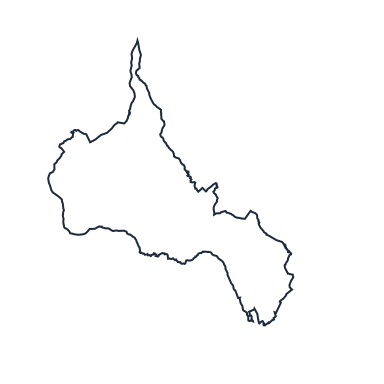 Bumbesti-Jiu, Gorj, Romania (Robinson projection), rotated 302°
{"feature_id": "2599482B75025321054435", "entity_name": "Bumbesti-Jiu", "entity_type": "district", "adm_level": 2, "iso_a3": "ROU", "parent_name": "Romania", "parent_adm1": "Gorj", "projection": "robinson", "projection_center": [23.397, 45.21], "detail": "fine", "context": "isolated", "style": "outline", "palette": "slate", "viewbox_px": 384, "rotation_deg": 302, "n_neighbors": 0, "source": "geoboundaries", "source_scale": "gbopen_adm2", "svg_char_len": 6033}
<svg xmlns="http://www.w3.org/2000/svg" viewBox="0 0 384 384"><g transform="rotate(302 192 192)"><path d="M162.3,328.5L162.9,325.5L164.6,324.0L169.2,323.1L173.1,323.1L173.8,322.8L174.5,321.8L175.3,321.3L174.2,318.4L174.1,317.4L173.6,316.6L176.8,311.3L178.0,310.0L179.3,309.3L180.0,309.8L180.9,309.4L184.8,309.4L187.4,308.4L188.4,308.5L190.0,308.1L191.7,309.0L192.4,308.7L192.8,306.7L192.4,306.3L192.9,305.9L192.3,305.3L193.1,305.0L192.8,304.5L193.9,303.2L193.6,302.6L194.0,302.2L194.2,300.8L194.5,300.6L194.8,301.0L195.2,300.5L194.8,300.5L194.9,299.7L195.7,298.8L196.2,299.0L196.1,298.3L196.6,298.2L196.3,297.3L196.9,296.6L197.3,294.8L195.9,288.9L195.7,280.1L195.2,277.8L196.1,277.3L196.1,274.3L196.7,273.5L198.0,269.0L199.8,266.1L200.3,265.6L201.5,265.4L201.4,264.9L201.7,264.9L202.5,264.2L202.4,263.8L203.5,263.2L203.6,262.6L204.6,261.0L206.2,260.0L207.1,259.0L207.6,256.8L206.9,253.7L207.1,251.7L197.4,251.1L195.8,248.3L195.2,245.9L194.4,244.7L193.9,243.0L193.7,241.0L194.1,239.2L193.9,237.7L194.2,236.9L193.7,235.2L193.7,234.2L192.8,232.2L193.7,230.5L190.3,227.4L188.6,226.9L187.6,225.1L186.5,223.8L184.5,222.8L186.2,222.0L188.5,219.7L190.5,218.5L193.5,218.0L197.0,218.3L198.1,217.6L200.5,216.9L201.6,214.6L202.5,213.6L202.7,211.5L203.5,210.0L205.3,210.4L207.0,209.6L209.4,211.2L209.8,210.9L209.6,210.0L211.0,209.5L211.0,209.1L211.9,208.7L212.3,208.1L211.9,207.2L208.9,205.9L206.9,205.4L202.7,203.7L200.9,203.8L199.9,203.5L201.0,198.7L195.6,197.2L196.2,195.4L197.2,194.0L196.6,193.0L198.7,190.8L201.7,189.8L201.8,188.9L200.3,187.2L199.7,185.6L200.8,184.8L202.4,184.8L202.5,183.2L203.9,183.2L204.1,182.2L203.3,180.2L203.4,179.4L205.1,179.9L205.5,178.4L207.0,178.6L207.4,178.2L207.0,177.1L206.2,176.8L207.0,175.2L207.3,173.7L208.6,173.1L210.1,171.7L210.6,170.3L210.3,169.2L211.0,167.1L213.1,164.3L213.4,162.8L212.5,159.5L212.8,158.9L212.7,157.8L214.6,156.5L216.1,154.3L216.4,153.4L216.5,151.5L217.2,149.5L217.1,148.8L218.1,147.7L218.0,146.7L219.7,143.8L219.7,142.9L220.2,142.2L220.4,140.9L222.0,139.4L222.6,138.0L222.4,137.1L222.9,135.7L224.2,134.4L226.0,134.6L230.4,133.2L233.6,133.3L234.7,132.9L237.1,130.7L237.0,129.8L237.9,127.1L239.4,126.3L241.5,124.6L242.5,124.3L243.2,123.3L245.3,122.2L245.6,116.7L246.1,115.2L246.2,113.3L247.1,111.4L249.5,107.3L252.1,104.0L253.3,103.3L255.9,98.9L257.9,97.2L257.8,96.4L259.0,94.8L259.0,92.5L259.5,91.1L259.5,89.8L259.8,89.4L259.5,88.0L260.7,86.9L260.9,85.6L262.0,84.8L261.8,83.2L262.9,81.5L265.4,80.6L269.5,81.9L272.8,79.2L275.7,78.3L277.4,77.2L280.7,76.3L281.4,75.8L284.6,72.0L289.8,67.4L291.5,65.5L289.1,66.3L280.6,66.7L277.3,67.4L273.6,70.4L269.1,72.0L267.6,73.7L262.1,75.6L260.7,76.9L259.7,78.3L257.4,80.1L252.0,81.1L251.2,81.5L249.0,83.3L247.0,88.7L246.2,89.5L245.5,90.7L242.3,93.2L237.8,93.9L235.8,93.6L232.7,94.3L229.6,95.5L227.5,95.6L226.6,96.5L225.8,96.8L226.6,97.1L226.5,97.3L225.1,97.9L222.4,97.7L220.9,98.4L217.6,98.9L214.2,98.2L211.7,92.0L210.7,92.0L207.8,90.7L203.3,90.3L197.1,88.6L192.2,84.6L185.4,82.3L180.2,79.3L184.9,71.8L184.9,71.0L184.0,69.4L183.9,64.7L184.3,62.9L183.6,61.9L182.5,61.4L182.8,60.3L182.0,59.3L180.0,59.0L179.3,58.0L178.6,57.9L178.4,58.3L179.2,60.2L178.0,60.4L175.4,61.7L174.7,61.1L172.6,60.7L170.5,58.4L169.0,58.1L167.3,56.8L165.2,57.0L164.6,56.2L163.4,55.8L162.6,54.9L160.5,55.2L159.8,55.9L159.9,58.2L158.3,62.3L154.9,61.4L153.4,62.0L150.4,61.8L147.4,61.1L145.3,61.4L142.5,60.5L138.3,63.4L135.0,63.3L132.8,61.7L130.0,62.0L127.2,62.9L123.6,66.1L122.8,67.5L119.0,71.8L117.9,74.1L117.5,81.0L116.7,85.6L114.5,87.4L113.9,88.4L110.0,91.5L108.7,93.0L106.8,93.4L103.3,95.1L101.2,97.3L99.4,98.1L96.8,99.9L96.6,100.4L95.1,101.5L94.3,102.6L94.0,103.8L94.4,104.7L94.3,105.9L93.5,109.1L92.5,110.3L92.5,110.7L93.6,113.4L93.7,114.4L95.6,118.5L98.4,122.0L100.4,123.6L101.9,124.1L106.4,124.8L109.2,129.0L113.6,131.5L113.9,132.6L114.8,133.6L114.3,134.1L115.2,137.6L116.6,139.9L117.1,141.6L116.8,143.8L117.1,145.8L118.9,147.7L119.8,149.3L119.9,150.1L123.2,154.9L123.6,157.3L123.4,157.9L122.5,158.9L122.4,159.7L122.6,161.1L123.2,162.1L123.0,162.8L123.1,164.2L122.7,165.4L122.9,166.4L122.7,168.1L122.3,168.5L121.6,170.2L120.0,172.0L119.6,173.1L118.5,174.1L117.3,176.3L117.2,176.9L114.3,179.3L113.3,179.4L112.9,180.6L113.8,181.4L113.6,182.9L114.3,183.7L113.8,185.4L114.8,186.1L115.2,187.2L115.6,187.3L114.9,188.0L116.1,189.6L115.7,190.8L116.0,191.1L117.3,191.1L118.1,192.0L119.7,192.1L119.2,193.0L120.0,193.3L119.6,194.0L120.1,195.0L119.6,195.5L118.6,195.5L119.1,196.5L119.1,197.2L120.3,197.6L121.2,197.3L123.6,198.6L124.7,199.5L124.9,200.6L125.4,201.2L124.7,201.9L125.8,203.2L126.0,203.8L125.6,204.8L122.7,207.1L123.5,207.9L124.3,210.2L125.7,211.0L125.2,213.5L126.3,214.3L125.7,215.0L125.6,216.5L125.1,217.1L125.7,218.2L125.8,219.0L126.3,219.4L125.9,219.8L125.6,221.2L126.8,222.6L127.1,223.8L127.8,224.2L130.9,223.4L131.7,224.3L132.2,225.7L133.1,227.0L134.8,228.3L137.1,228.7L138.5,229.4L138.8,229.2L138.9,229.5L140.3,229.7L140.6,230.0L141.1,229.9L141.5,230.3L142.4,230.1L143.1,230.2L144.2,230.8L145.2,232.3L147.2,232.8L147.3,233.6L148.3,234.4L148.3,234.8L149.2,236.3L149.4,237.2L150.0,237.7L150.7,239.7L150.7,240.5L149.9,242.1L149.8,243.8L150.7,246.3L150.7,247.5L149.7,249.5L149.5,253.2L149.2,255.0L148.4,256.7L147.3,257.9L146.7,259.6L144.6,261.1L142.1,265.1L140.5,266.1L138.2,269.5L135.4,273.6L134.6,276.1L134.1,276.8L131.9,278.7L131.5,279.7L131.5,280.9L126.5,287.3L127.8,288.7L126.7,289.0L123.4,292.3L122.1,295.0L120.8,296.3L119.7,297.0L118.8,298.2L118.9,301.5L118.6,302.7L116.9,303.8L116.4,305.5L113.4,307.5L112.8,308.1L113.0,309.1L114.4,310.3L114.6,312.3L115.0,311.9L115.7,309.8L116.6,309.5L118.1,308.5L118.5,307.6L117.8,306.9L118.0,306.4L119.7,305.2L120.7,303.8L125.2,307.0L126.2,306.7L123.4,311.8L117.2,317.3L116.3,318.4L116.2,318.7L118.8,319.4L119.9,320.3L118.6,323.0L117.8,322.6L117.1,323.4L118.1,324.2L117.8,324.6L122.0,326.1L121.6,326.8L126.2,328.0L126.3,328.6L127.4,329.1L128.4,328.0L130.9,329.0L133.8,325.8L134.0,327.3L145.3,326.0L145.4,324.6L146.4,324.5L150.0,326.0L153.6,326.5L155.7,326.2L162.3,328.5Z" fill="none" stroke="#1e293b" stroke-width="2"/></g></svg>